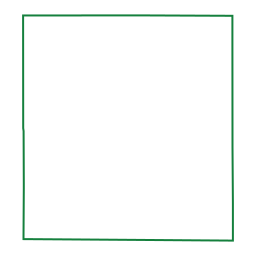 outline of Montgomery, Indiana, United States of America
{"feature_id": "52423323B86671673668040", "entity_name": "Montgomery", "entity_type": "district", "adm_level": 2, "iso_a3": "USA", "parent_name": "United States of America", "parent_adm1": "Indiana", "projection": "robinson", "projection_center": [-86.901, 40.04], "detail": "fine", "context": "isolated", "style": "outline", "palette": "green", "viewbox_px": 256, "rotation_deg": 0, "n_neighbors": 0, "source": "geoboundaries", "source_scale": "gbopen_adm2", "svg_char_len": 295}
<svg xmlns="http://www.w3.org/2000/svg" viewBox="0 0 256 256"><path d="M232.9,240.6L232.9,203.2L232.5,146.5L232.4,38.7L232.4,15.8L142.1,15.4L112.3,15.4L23.1,15.5L23.2,128.2L23.6,131.1L23.8,183.6L23.8,188.4L23.5,239.1L66.8,239.4L232.9,240.6Z" fill="none" stroke="#15803d" stroke-width="2"/></svg>